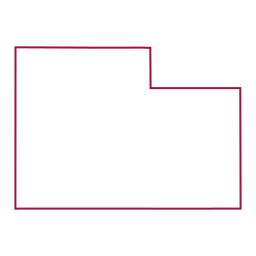 Cottonwood, Minnesota, United States of America (Robinson projection)
{"feature_id": "52423323B65882700434645", "entity_name": "Cottonwood", "entity_type": "district", "adm_level": 2, "iso_a3": "USA", "parent_name": "United States of America", "parent_adm1": "Minnesota", "projection": "robinson", "projection_center": [-95.186, 44.022], "detail": "fine", "context": "isolated", "style": "outline", "palette": "rose", "viewbox_px": 256, "rotation_deg": 0, "n_neighbors": 0, "source": "geoboundaries", "source_scale": "gbopen_adm2", "svg_char_len": 272}
<svg xmlns="http://www.w3.org/2000/svg" viewBox="0 0 256 256"><path d="M15.4,208.7L19.1,208.6L150.5,208.6L152.5,208.7L240.6,208.6L240.3,88.1L150.6,88.1L150.3,47.8L147.4,47.8L142.8,47.6L102.2,47.7L15.5,47.3L15.4,208.7Z" fill="none" stroke="#9f1239" stroke-width="2"/></svg>